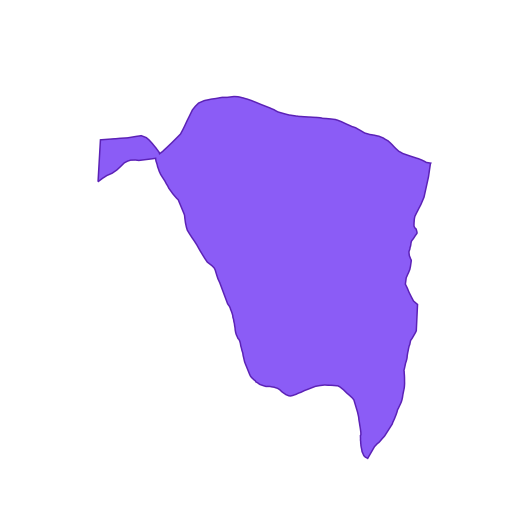 the district of Cap Estate/Golf Park, Gros Islet, Saint Lucia, rotated 199°
{"feature_id": "8701671B13840593777950", "entity_name": "Cap Estate/Golf Park", "entity_type": "district", "adm_level": 2, "iso_a3": "LCA", "parent_name": "Saint Lucia", "parent_adm1": "Gros Islet", "projection": "robinson", "projection_center": [-60.937, 14.101], "detail": "fine", "context": "isolated", "style": "filled", "palette": "violet", "viewbox_px": 512, "rotation_deg": 199, "n_neighbors": 0, "source": "geoboundaries", "source_scale": "gbopen_adm2", "svg_char_len": 5868}
<svg xmlns="http://www.w3.org/2000/svg" viewBox="0 0 512 512"><g transform="rotate(199 256 256)"><path d="M440.9,315.2L429.7,275.4L429.3,275.2L426.4,279.5L423.0,283.8L422.4,284.3L419.0,287.4L415.6,292.0L413.3,296.3L410.8,301.3L410.2,301.9L408.3,303.9L405.8,305.8L401.3,307.5L397.9,308.2L385.4,314.3L382.7,315.7L382.4,314.9L381.4,313.1L380.2,311.6L379.0,309.9L378.1,308.4L376.8,306.8L375.0,304.5L372.7,302.1L370.6,300.4L368.3,298.6L366.4,297.1L364.3,295.1L362.3,293.5L360.4,291.6L357.8,289.8L355.0,287.8L352.5,286.3L349.7,284.7L347.9,283.9L337.7,272.4L336.8,271.2L335.5,268.4L333.5,264.4L331.2,260.6L329.4,258.1L326.3,255.5L322.6,252.6L319.2,250.1L315.4,247.1L312.3,244.3L310.0,242.3L306.5,239.4L303.7,237.1L300.1,234.4L294.5,232.5L291.8,231.2L290.2,229.7L286.5,224.6L284.6,222.1L282.2,219.6L281.7,219.1L267.3,201.6L266.1,200.7L264.9,199.9L263.5,198.5L262.6,197.2L261.5,196.0L260.0,194.1L258.7,192.3L257.8,190.4L256.6,188.8L255.5,186.7L254.4,185.0L253.6,183.3L252.8,181.9L252.0,180.3L251.7,179.5L250.3,177.0L249.1,175.3L247.3,173.4L246.1,172.1L245.0,171.6L243.7,170.3L242.4,168.4L241.1,166.0L239.7,164.0L238.6,162.2L237.0,160.1L235.7,157.6L234.6,155.9L233.5,154.1L232.3,152.2L230.3,149.8L230.0,149.5L223.3,141.8L222.2,140.7L221.2,140.0L219.9,139.3L218.5,138.7L217.2,138.1L216.2,137.9L215.1,136.9L213.4,136.7L212.0,136.2L210.4,135.8L209.1,135.8L206.2,135.8L204.0,135.9L203.0,136.3L201.6,136.8L200.3,137.2L198.5,137.4L195.8,137.9L195.1,137.8L193.0,137.9L192.0,137.8L190.4,137.4L189.3,137.0L187.9,136.3L187.2,136.0L185.5,135.5L183.3,134.9L182.8,134.7L181.1,134.6L179.5,134.5L178.0,134.8L177.1,135.3L175.7,136.2L175.0,136.8L174.2,137.4L173.4,138.0L172.7,138.6L172.0,139.4L170.9,140.4L169.2,141.7L166.2,144.7L163.4,147.0L160.0,149.9L157.4,152.1L153.6,154.2L149.1,156.4L146.0,157.2L142.3,158.4L138.6,159.3L136.3,159.9L133.9,159.5L130.6,158.3L129.9,158.1L125.6,156.0L122.0,154.6L118.6,153.1L116.6,151.8L109.0,141.2L108.1,139.7L107.1,138.1L106.2,136.5L105.4,134.7L103.7,131.6L102.9,130.0L102.0,128.4L101.0,126.5L99.9,124.3L99.3,123.0L98.6,121.1L98.8,120.1L98.6,119.7L98.0,118.1L97.6,117.1L97.3,116.0L96.6,114.6L96.0,113.0L95.5,112.0L95.1,111.0L94.4,109.7L93.6,108.4L92.9,107.2L92.0,105.5L91.1,104.6L90.1,103.5L89.2,102.5L88.6,102.1L87.1,101.4L85.9,101.3L85.5,101.2L84.5,101.0L81.9,114.3L81.6,115.0L81.0,116.3L80.3,117.9L79.6,119.0L79.1,119.7L78.5,121.1L77.7,123.1L77.1,124.7L76.4,126.2L75.8,127.7L75.6,128.5L72.5,141.4L72.5,143.2L72.1,147.1L72.0,149.5L71.9,151.5L71.9,154.5L72.1,156.7L71.8,158.4L71.6,160.5L71.3,163.0L71.1,165.3L71.2,167.8L71.5,170.2L72.0,172.8L72.3,175.1L72.6,177.3L72.9,179.6L73.3,181.3L74.0,183.8L74.8,186.0L75.9,189.1L76.8,191.4L77.8,193.7L78.3,195.0L78.9,196.1L79.0,197.7L79.4,201.2L79.7,203.4L79.7,205.5L79.8,206.8L79.9,208.0L80.2,209.6L80.6,211.1L80.9,212.9L81.1,214.2L81.3,216.0L81.6,217.9L81.9,220.7L81.8,222.4L82.2,225.4L82.3,226.6L81.8,228.2L81.6,228.9L80.9,232.4L80.3,235.5L80.1,237.5L87.5,262.8L89.4,263.5L92.4,264.7L95.5,267.6L99.5,271.5L102.4,274.8L104.5,276.9L105.6,278.0L106.9,284.4L106.7,286.3L106.6,287.9L106.4,289.5L106.3,291.2L106.2,293.4L106.6,296.6L107.2,299.7L107.5,301.3L107.7,302.2L108.1,302.9L108.8,303.5L110.1,305.1L110.9,305.9L111.8,307.6L112.5,309.1L112.8,310.0L112.8,311.7L112.8,312.8L113.1,314.1L113.1,315.7L113.3,317.0L113.6,318.3L113.8,319.8L113.8,321.0L112.9,323.5L111.9,327.5L111.3,329.4L111.2,330.2L111.9,331.5L112.8,332.8L113.3,333.6L114.6,334.1L115.8,335.1L116.4,335.8L116.9,337.3L117.4,338.9L117.8,340.5L118.2,341.9L118.4,342.9L118.6,344.3L118.7,345.2L118.5,346.8L118.3,348.5L117.9,351.2L117.5,354.2L117.2,356.1L116.9,358.1L116.8,359.0L116.3,366.3L118.7,387.1L121.1,399.8L121.0,400.7L122.6,400.4L123.9,400.2L124.9,400.0L125.4,399.9L127.2,400.3L127.5,400.4L128.1,400.4L130.4,400.7L132.5,400.8L134.2,400.9L136.0,400.8L137.4,400.8L142.1,400.7L148.1,400.7L149.8,400.7L150.6,400.7L152.6,401.1L154.3,401.4L154.7,401.4L155.1,401.5L157.4,402.5L159.0,403.2L160.4,403.9L161.0,404.2L161.4,404.4L163.4,405.5L165.9,406.7L167.8,407.5L168.7,407.9L169.5,408.0L172.2,408.5L174.0,409.0L175.7,409.1L177.7,409.2L178.8,409.3L179.9,409.1L182.0,408.9L182.5,408.8L183.1,408.8L184.2,408.6L186.7,408.2L187.9,407.9L188.3,407.9L189.1,407.9L192.8,407.7L193.4,407.7L198.2,408.7L201.6,409.3L203.5,409.7L203.9,409.7L204.4,409.7L205.2,409.7L206.1,409.7L207.3,409.6L208.8,409.8L213.5,410.2L218.9,410.8L221.2,410.9L221.9,410.9L223.3,411.0L223.7,410.9L225.5,410.9L226.2,410.7L229.1,410.1L230.0,409.9L234.2,408.9L237.3,408.0L238.1,407.8L239.2,407.8L239.7,407.7L240.8,407.5L243.6,406.8L247.0,405.8L249.6,405.1L252.0,404.4L254.9,403.6L257.1,403.0L258.7,402.6L259.4,402.4L260.7,402.0L261.1,401.9L261.6,401.8L262.0,401.8L262.8,401.6L263.3,401.4L264.9,401.2L265.4,401.1L266.5,400.9L267.0,400.8L267.5,400.7L269.3,400.4L269.9,400.2L270.5,400.1L271.8,400.0L274.4,399.8L278.0,399.6L281.4,399.4L282.4,399.4L285.4,399.9L286.6,400.2L288.7,400.3L290.0,400.4L290.7,400.5L300.6,400.9L306.8,401.3L307.5,401.3L311.0,401.5L311.7,401.5L313.3,401.5L315.7,401.5L316.5,401.4L318.5,401.3L319.7,401.3L320.7,401.1L321.7,401.1L322.4,401.0L322.8,401.0L323.3,400.9L323.9,400.9L324.2,400.8L324.9,400.7L326.8,400.2L328.8,399.6L333.5,397.3L334.1,397.0L334.7,396.7L335.2,396.5L339.6,395.0L342.0,393.7L342.8,393.2L345.3,391.8L349.3,389.8L352.1,388.1L353.3,387.4L354.7,386.6L355.1,386.3L355.5,386.1L360.1,381.9L362.1,377.8L362.9,375.6L363.7,373.3L364.6,365.9L365.2,361.4L365.8,355.5L366.2,352.4L366.3,351.6L367.1,346.7L368.4,344.0L370.0,340.7L372.6,335.4L375.6,329.6L377.5,326.1L378.1,324.8L380.1,321.8L380.5,321.3L380.9,322.0L381.1,322.3L383.5,324.0L384.3,324.5L385.5,325.4L388.3,327.1L390.7,328.6L394.7,330.8L395.9,331.3L396.9,331.7L397.5,331.9L398.2,332.2L400.3,332.3L403.7,332.4L405.6,331.4L407.8,330.3L411.3,328.4L414.4,326.7L416.1,325.8L416.6,325.6L423.4,322.8L426.6,321.3L428.6,320.5L431.8,319.1L433.2,318.5L440.9,315.2Z" fill="#8b5cf6" stroke="#5b21b6" stroke-width="1.5"/></g></svg>